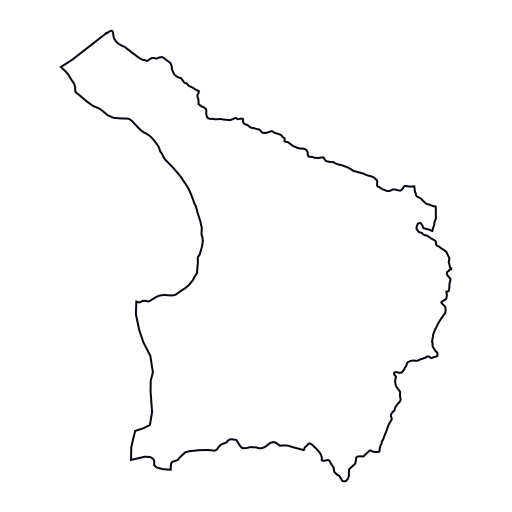 outline of Vardenis, Gegharkunik, Armenia
{"feature_id": "60910142B17945932108202", "entity_name": "Vardenis", "entity_type": "district", "adm_level": 2, "iso_a3": "ARM", "parent_name": "Armenia", "parent_adm1": "Gegharkunik", "projection": "mercator", "projection_center": [45.706, 40.224], "detail": "fine", "context": "isolated", "style": "outline", "palette": "ink", "viewbox_px": 512, "rotation_deg": 0, "n_neighbors": 0, "source": "geoboundaries", "source_scale": "gbopen_adm2", "svg_char_len": 6045}
<svg xmlns="http://www.w3.org/2000/svg" viewBox="0 0 512 512"><path d="M170.8,469.7L170.7,466.7L171.2,463.4L172.2,461.8L176.2,460.6L177.9,459.8L179.5,457.7L185.3,452.3L189.1,451.3L198.3,450.2L208.4,450.0L214.4,450.7L216.5,449.9L218.3,447.5L220.4,445.1L221.9,444.2L226.5,442.5L227.4,441.1L229.9,439.3L231.4,439.3L234.4,439.6L236.6,440.2L237.6,442.1L240.6,446.6L242.5,448.2L246.6,448.1L250.1,447.1L256.1,447.4L258.0,448.0L260.5,448.4L262.8,447.9L265.4,446.7L269.3,443.6L270.9,442.7L273.5,442.1L275.3,442.5L278.2,444.4L279.8,445.7L284.9,445.4L288.3,445.7L292.2,447.0L303.8,450.1L304.4,448.7L304.7,447.5L307.2,445.4L307.9,444.2L309.5,443.4L311.5,444.2L316.1,448.5L319.6,452.5L321.0,454.9L321.9,457.7L321.7,459.1L321.9,460.3L322.6,460.7L324.1,460.8L328.0,460.0L329.3,460.6L330.5,462.9L333.8,467.8L333.8,470.0L334.5,472.1L336.9,474.6L337.3,474.6L337.7,475.0L339.2,475.7L342.4,481.0L344.1,481.3L345.9,481.1L347.5,479.3L348.3,477.7L349.0,475.5L348.8,472.8L349.2,469.1L355.2,463.7L356.0,460.2L356.0,458.1L357.0,456.8L359.4,456.3L363.4,456.5L368.8,451.3L370.3,450.3L372.5,451.5L374.1,451.9L377.6,452.0L379.3,451.6L380.0,447.2L380.6,445.4L381.6,443.3L381.9,441.3L382.8,440.1L383.3,439.0L384.7,435.1L386.0,432.2L388.3,425.6L389.6,422.8L391.1,420.7L391.8,418.8L390.8,415.5L391.2,414.0L392.1,412.7L393.6,411.1L394.6,410.3L394.8,408.6L395.6,406.8L395.9,406.6L397.7,403.9L399.4,402.1L400.5,400.4L400.5,398.3L400.0,396.7L400.1,391.8L396.2,386.4L395.4,383.7L395.1,380.9L396.0,376.5L394.3,374.7L394.0,373.5L394.5,372.5L395.4,372.1L396.8,372.1L398.7,372.8L401.6,372.7L403.9,369.8L404.9,367.7L406.0,366.3L407.3,362.7L408.4,361.9L410.5,361.0L412.3,360.6L414.0,360.6L416.1,360.8L418.1,360.6L420.4,359.2L422.4,358.9L423.5,358.2L425.2,357.9L426.4,356.8L428.0,356.4L429.0,356.6L431.0,358.1L431.9,358.0L434.0,357.0L435.8,356.7L437.2,356.1L437.6,353.9L437.2,352.6L436.2,351.7L434.5,349.6L432.7,346.5L432.5,344.6L432.6,342.9L432.0,341.9L432.4,339.7L433.2,334.5L434.9,330.0L438.9,322.1L441.6,317.9L445.4,312.7L445.6,310.4L445.5,308.0L444.8,306.3L442.0,303.6L441.3,302.3L442.5,301.2L446.0,299.1L446.5,297.7L446.9,295.4L446.4,291.7L447.7,291.5L448.8,290.9L449.3,288.3L449.5,283.6L450.1,281.6L450.5,279.0L447.3,275.2L446.8,273.0L447.3,271.7L448.7,271.0L449.4,269.8L451.2,269.2L451.2,268.3L450.2,267.6L449.7,266.3L449.3,263.9L448.7,262.4L449.4,258.2L446.3,251.9L444.5,250.4L440.8,248.0L439.5,246.8L436.8,245.5L436.0,244.0L436.1,242.4L435.3,240.9L434.1,240.0L431.4,238.6L427.0,235.6L424.9,235.2L423.4,234.6L422.0,233.1L418.9,232.0L417.9,231.0L416.6,229.0L416.5,227.1L417.8,223.6L419.9,223.0L421.1,223.4L422.7,226.1L423.4,228.1L429.7,229.8L431.3,230.7L432.4,231.0L432.9,228.5L434.0,225.6L434.3,224.3L434.4,222.1L435.9,218.7L435.8,207.3L435.4,206.3L433.9,206.3L432.3,205.9L430.0,204.8L427.9,204.3L425.6,203.3L420.8,198.5L416.7,196.3L416.0,194.9L415.8,193.6L414.8,191.2L414.8,189.9L414.4,187.7L414.3,186.4L411.0,186.6L407.4,186.3L405.7,185.9L404.3,186.2L401.8,189.8L400.5,190.5L399.0,190.5L394.5,189.4L393.0,189.4L391.0,190.4L389.0,191.0L387.8,191.1L386.1,190.7L384.7,190.0L382.4,189.2L379.3,187.1L377.8,186.6L377.1,185.6L377.2,181.8L376.7,180.1L373.9,177.5L371.7,176.5L366.3,175.0L363.4,173.6L353.1,170.8L350.6,169.0L347.7,167.5L343.0,165.6L340.5,164.9L339.0,164.7L336.5,163.8L334.9,163.2L333.3,161.9L332.6,162.2L331.0,162.1L326.7,161.3L325.3,160.4L323.4,157.4L320.5,157.6L318.9,158.0L314.2,157.7L312.3,157.0L308.8,156.6L308.2,156.0L307.7,154.5L307.7,152.4L306.5,150.0L303.9,148.7L299.0,148.4L297.1,147.8L295.4,146.8L293.9,146.5L287.6,142.0L286.0,141.9L284.6,141.4L284.5,140.3L284.7,138.9L284.4,138.1L282.3,136.8L281.8,135.8L281.1,135.1L278.9,134.1L274.3,132.7L272.5,131.4L271.2,131.2L268.5,132.2L265.0,133.1L262.8,132.8L261.5,131.9L260.2,130.3L258.6,129.3L257.0,129.1L254.0,128.2L251.3,127.8L249.6,126.8L248.3,125.7L246.7,124.7L244.8,124.2L243.6,123.0L243.0,121.6L243.1,119.2L242.4,118.7L240.8,118.6L239.2,119.1L237.2,119.1L236.1,118.0L234.6,118.1L233.4,119.0L230.1,120.1L224.0,119.6L220.9,119.0L215.6,119.3L212.2,118.8L210.6,118.9L208.4,118.4L207.2,117.2L206.7,116.0L206.2,114.1L206.3,110.5L206.0,109.1L203.7,107.2L201.8,106.6L198.5,104.1L198.5,100.7L198.3,98.9L197.8,97.8L197.4,96.1L197.5,94.8L198.5,93.1L198.9,91.2L195.0,89.2L192.3,87.4L188.7,85.8L187.7,84.5L186.4,83.2L185.1,83.1L183.7,81.9L182.7,80.4L181.0,78.2L178.5,77.4L176.4,76.3L174.2,74.3L172.7,71.3L172.0,69.2L171.6,66.0L170.7,63.4L168.6,61.5L166.4,60.1L164.4,58.4L162.2,57.1L159.4,57.4L156.6,58.6L153.3,57.9L151.3,58.2L147.3,60.9L146.4,60.9L144.7,60.0L143.5,60.0L141.7,59.4L137.5,56.8L135.2,54.9L131.3,52.2L129.0,50.1L127.2,49.0L125.4,47.3L124.3,46.7L122.4,46.0L118.5,43.8L116.4,42.0L114.1,38.6L113.5,36.2L113.0,32.3L112.3,31.0L111.6,30.7L110.1,31.1L108.6,31.9L107.1,33.2L106.2,32.9L106.0,33.4L72.3,59.7L60.8,67.0L65.3,71.2L67.5,73.6L68.8,75.4L70.9,79.0L73.7,83.1L75.1,86.6L75.2,90.5L75.5,91.6L75.9,92.5L79.6,95.3L86.6,101.3L92.8,105.8L99.3,108.6L101.4,110.0L107.8,115.3L113.4,117.8L120.0,118.4L127.4,118.6L129.5,119.2L131.1,120.3L132.4,121.4L138.6,128.1L141.0,130.4L143.4,132.1L146.6,133.8L148.9,135.3L150.6,136.6L152.9,139.1L155.3,142.0L158.5,146.5L159.3,148.5L160.2,151.4L161.7,153.4L163.4,156.8L165.1,159.5L172.4,167.0L178.2,173.6L180.9,177.0L186.3,185.1L187.9,187.6L189.2,190.1L191.1,194.5L193.5,200.9L194.2,203.1L196.0,206.7L197.6,212.9L200.4,221.5L201.0,224.6L201.8,227.5L201.5,234.7L202.4,237.1L202.8,240.8L202.8,241.5L202.0,246.5L200.0,253.6L199.3,255.3L198.2,256.5L197.9,257.3L197.7,258.9L198.0,262.3L197.4,267.6L197.1,272.5L196.7,273.5L194.2,277.4L192.8,280.3L188.8,285.1L185.3,288.1L181.0,290.8L176.4,294.2L174.5,295.2L171.3,295.4L167.7,295.3L165.1,294.9L160.5,295.4L158.6,295.9L156.6,296.8L149.1,301.3L147.5,301.4L145.7,300.8L142.8,300.9L140.3,302.1L139.3,302.4L138.3,302.3L136.3,301.6L135.9,314.3L139.1,329.6L143.3,342.2L150.3,355.8L152.9,372.2L150.7,380.9L150.6,392.4L152.1,412.0L149.9,425.0L143.3,428.3L135.2,430.9L133.0,439.6L131.3,447.3L131.0,459.9L145.0,456.7L150.1,457.0L153.1,458.7L154.2,460.9L154.2,465.3L156.7,467.5L163.1,469.2L170.8,469.7Z" fill="none" stroke="#020617" stroke-width="2"/></svg>